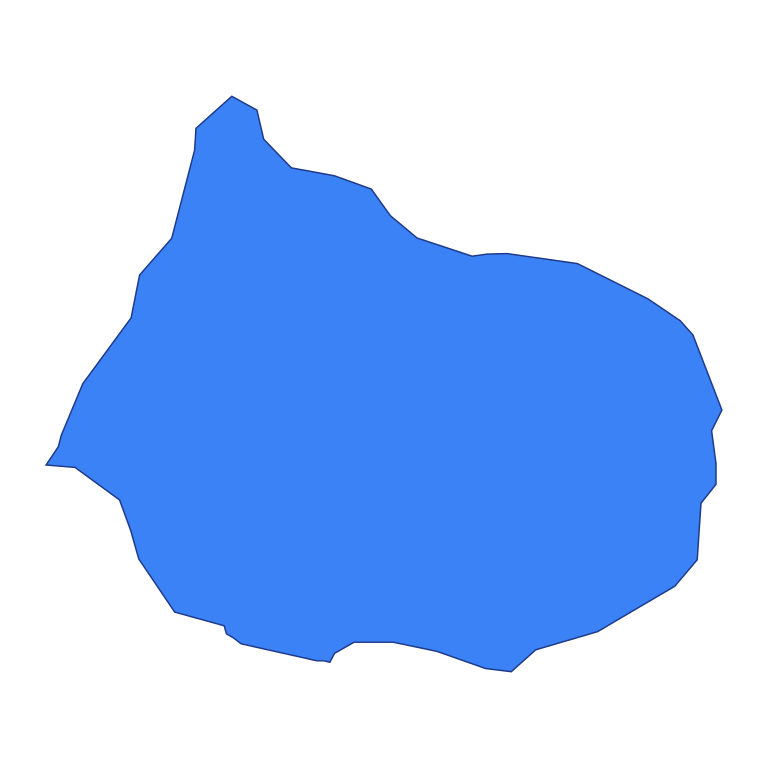 the district of Bui, Nord-Ouest, Cameroon
{"feature_id": "32672807B1542757875740", "entity_name": "Bui", "entity_type": "district", "adm_level": 2, "iso_a3": "CMR", "parent_name": "Cameroon", "parent_adm1": "Nord-Ouest", "projection": "mercator", "projection_center": [10.721, 6.252], "detail": "fine", "context": "isolated", "style": "filled", "palette": "blue", "viewbox_px": 768, "rotation_deg": 0, "n_neighbors": 0, "source": "geoboundaries", "source_scale": "gbopen_adm2", "svg_char_len": 833}
<svg xmlns="http://www.w3.org/2000/svg" viewBox="0 0 768 768"><path d="M46.1,465.0L75.0,467.4L119.6,500.0L130.7,530.5L138.8,559.0L141.4,562.8L174.7,612.1L224.2,625.8L226.4,633.8L233.9,638.2L241.1,643.8L316.9,660.8L324.2,660.8L329.8,662.3L334.6,653.3L354.1,642.2L393.1,642.2L436.7,651.3L485.5,668.5L511.3,671.7L535.6,649.9L540.8,648.3L597.7,631.6L620.2,618.3L660.0,594.9L674.7,586.3L697.2,559.8L701.0,503.2L716.0,484.3L716.0,463.6L711.6,430.7L721.9,410.0L693.0,335.1L680.4,320.9L648.2,299.0L577.4,263.6L507.1,253.6L487.1,254.1L472.2,256.2L417.0,238.0L390.5,215.8L387.5,211.7L371.3,189.1L334.5,175.8L330.2,175.0L291.5,167.9L288.2,164.6L263.7,139.2L256.9,110.1L231.8,96.3L196.0,128.3L194.6,150.2L171.7,238.3L139.6,275.0L131.1,317.9L82.8,383.7L61.2,435.5L58.4,446.6L46.1,465.0Z" fill="#3b82f6" stroke="#1e3a8a" stroke-width="1.5"/></svg>